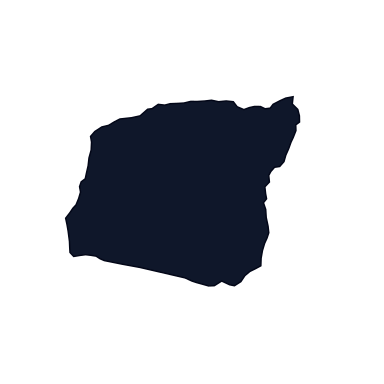 Sagres, São Paulo, Brazil, rotated 149°
{"feature_id": "56859067B23091642538421", "entity_name": "Sagres", "entity_type": "district", "adm_level": 2, "iso_a3": "BRA", "parent_name": "Brazil", "parent_adm1": "São Paulo", "projection": "mercator", "projection_center": [-50.998, -21.863], "detail": "fine", "context": "isolated", "style": "filled", "palette": "ink", "viewbox_px": 384, "rotation_deg": 149, "n_neighbors": 0, "source": "geoboundaries", "source_scale": "gbopen_adm2", "svg_char_len": 1390}
<svg xmlns="http://www.w3.org/2000/svg" viewBox="0 0 384 384"><g transform="rotate(149 192 192)"><path d="M171.0,93.3L166.9,99.6L161.8,105.5L156.2,110.6L151.4,113.9L147.2,117.5L144.4,123.6L141.5,132.0L137.8,139.1L136.3,146.0L131.6,147.8L129.8,152.6L126.9,158.9L120.5,160.7L117.7,166.7L113.8,169.0L108.5,170.7L103.7,168.7L97.5,170.7L92.6,175.3L86.9,179.3L81.5,183.7L77.3,186.5L71.3,191.1L68.5,196.1L63.8,196.6L60.7,202.0L58.8,208.3L60.7,215.8L56.3,221.6L63.3,224.2L69.5,224.9L77.3,225.4L81.8,223.6L86.5,225.7L89.3,230.0L94.3,233.1L99.3,234.8L105.1,235.9L109.4,241.8L110.1,248.1L115.8,252.4L122.7,255.7L128.0,260.6L134.2,263.4L141.1,267.0L146.4,270.3L153.1,272.4L158.1,275.0L165.2,278.9L170.6,280.5L175.8,284.5L183.3,284.0L187.4,285.8L197.3,284.0L205.6,286.8L216.2,291.7L222.1,292.1L229.2,292.1L235.8,294.2L244.1,293.9L250.3,291.9L252.4,286.5L256.8,279.9L262.7,274.3L267.5,268.0L272.5,262.8L276.7,258.3L281.7,257.8L285.6,254.5L287.6,249.3L292.5,244.8L298.0,240.7L302.5,239.4L307.4,237.1L313.8,234.6L315.9,228.5L318.3,222.3L322.5,212.7L325.4,207.4L327.7,203.0L326.6,197.7L320.8,195.4L315.5,193.1L311.6,190.1L307.2,186.4L305.2,182.2L302.5,178.4L289.0,166.1L275.5,154.2L242.2,122.0L237.9,115.7L234.8,112.1L230.7,107.8L226.2,103.0L221.1,100.2L212.4,100.4L207.5,93.1L203.9,89.8L196.3,90.0L189.7,93.1L183.3,94.1L177.2,93.6L171.0,93.3Z" fill="#0f172a" stroke="#020617" stroke-width="1.5"/></g></svg>